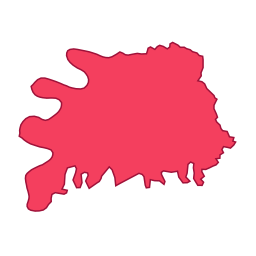 Machadinho, Rio Grande do Sul, Brazil (Equal Earth projection), rotated 273°
{"feature_id": "56859067B5606080296655", "entity_name": "Machadinho", "entity_type": "district", "adm_level": 2, "iso_a3": "BRA", "parent_name": "Brazil", "parent_adm1": "Rio Grande do Sul", "projection": "equal_earth", "projection_center": [-51.684, -27.589], "detail": "fine", "context": "isolated", "style": "filled", "palette": "rose", "viewbox_px": 256, "rotation_deg": 273, "n_neighbors": 0, "source": "geoboundaries", "source_scale": "gbopen_adm2", "svg_char_len": 3007}
<svg xmlns="http://www.w3.org/2000/svg" viewBox="0 0 256 256"><g transform="rotate(273 128 128)"><path d="M114.1,19.8L112.5,22.7L110.8,24.7L108.9,27.7L107.1,31.4L106.0,35.3L105.2,38.3L104.5,41.0L104.0,44.9L103.3,48.6L102.1,52.3L99.4,54.3L97.1,54.3L95.0,53.7L92.8,52.3L91.1,50.5L89.1,47.7L86.8,44.5L85.7,41.8L84.1,38.8L82.7,36.3L81.2,33.8L79.0,31.3L77.3,29.6L75.3,28.4L72.3,28.2L68.8,28.8L65.8,29.6L62.8,30.3L59.5,31.5L56.8,32.3L54.7,32.8L52.6,32.8L49.7,32.2L46.5,31.3L44.3,31.4L42.0,32.8L40.8,35.2L40.2,39.6L40.6,43.8L41.7,47.7L44.1,50.7L47.5,52.6L50.5,55.2L53.5,54.9L57.7,55.5L59.6,58.7L58.6,67.6L60.0,70.0L62.6,70.6L63.5,65.3L68.6,67.4L78.2,67.5L81.0,68.3L85.0,69.6L87.4,77.0L84.7,78.7L80.4,78.0L73.2,75.8L65.7,79.8L66.0,83.3L71.0,84.9L79.4,83.6L81.5,86.8L81.0,90.0L78.6,90.7L72.8,88.5L65.7,92.4L71.7,100.1L73.1,102.1L76.1,103.7L78.6,104.2L82.6,107.2L88.2,111.3L85.5,114.3L81.2,116.1L77.8,117.5L69.7,118.8L72.4,123.1L83.3,141.3L82.4,144.6L80.3,146.5L71.9,148.2L69.2,149.4L69.8,152.6L77.6,153.0L76.8,157.2L76.9,162.2L73.6,166.9L76.5,167.7L83.3,163.9L85.4,163.6L87.0,165.6L86.1,173.6L87.4,179.7L81.6,181.3L76.1,185.8L76.5,190.1L78.1,192.6L82.1,188.3L86.0,189.4L94.8,189.8L97.3,192.3L96.0,195.6L91.6,195.4L86.4,196.5L81.0,196.2L74.4,200.7L74.6,205.0L77.8,206.3L80.7,203.3L83.8,206.7L88.3,204.0L90.6,204.0L90.7,207.8L92.6,211.6L94.4,214.8L95.8,217.9L98.4,220.0L101.9,217.4L102.6,221.3L106.0,221.3L108.3,224.6L111.4,222.9L114.4,224.4L113.9,228.2L113.3,231.4L116.5,234.5L119.6,236.2L120.4,233.4L124.0,234.2L124.5,229.8L129.7,227.2L130.3,222.6L132.4,220.8L135.7,219.7L138.6,216.3L141.2,214.9L143.4,216.8L146.6,215.5L151.8,212.8L155.3,212.7L161.4,215.3L162.7,213.1L164.9,212.2L171.5,204.6L176.1,202.2L178.1,199.4L178.8,195.3L183.9,198.4L186.9,198.0L192.2,199.8L200.1,199.4L203.5,198.8L204.1,195.3L206.5,193.0L207.6,188.4L209.4,186.0L210.3,182.3L211.6,179.9L211.3,176.0L213.4,173.5L215.8,168.1L214.2,165.6L211.1,165.5L209.1,163.1L211.3,159.0L212.2,155.3L210.8,153.0L207.9,150.7L210.1,146.2L208.7,143.9L206.2,143.4L203.1,142.6L202.6,137.5L203.0,133.4L201.9,128.6L200.8,124.4L201.0,121.5L202.4,119.0L203.5,115.9L200.9,112.4L198.3,108.3L197.2,105.1L197.2,102.1L197.7,99.2L198.7,96.2L200.0,93.0L201.1,88.9L202.0,85.4L202.5,82.4L203.1,78.3L203.8,73.5L204.1,69.7L203.4,65.9L202.0,63.8L199.7,62.9L197.0,62.9L193.2,64.4L190.5,66.7L187.8,70.0L185.3,74.3L183.7,78.2L181.8,81.5L179.8,83.3L177.5,85.0L174.5,86.1L171.5,86.1L168.4,84.8L165.6,82.2L164.5,78.7L164.5,74.0L165.1,70.0L165.7,67.3L166.9,64.4L167.7,61.6L168.9,58.5L170.6,53.5L171.8,49.3L172.8,45.6L173.5,42.4L173.3,38.5L171.5,35.2L168.7,32.6L166.3,30.8L164.5,29.1L161.5,30.0L158.8,31.3L156.4,33.4L155.0,35.8L154.2,38.5L153.8,41.3L153.6,45.3L154.0,49.9L154.0,54.4L152.6,57.9L149.9,60.3L147.3,60.4L145.0,60.1L142.9,59.2L140.7,57.9L138.6,56.0L136.2,53.2L134.3,50.9L132.3,48.2L131.3,45.0L132.1,41.6L133.9,38.3L134.8,33.8L134.2,29.1L132.0,25.5L128.9,22.8L125.6,20.9L122.3,20.2L119.9,19.9L117.0,20.3L114.1,19.8Z" fill="#f43f5e" stroke="#9f1239" stroke-width="1.5"/></g></svg>